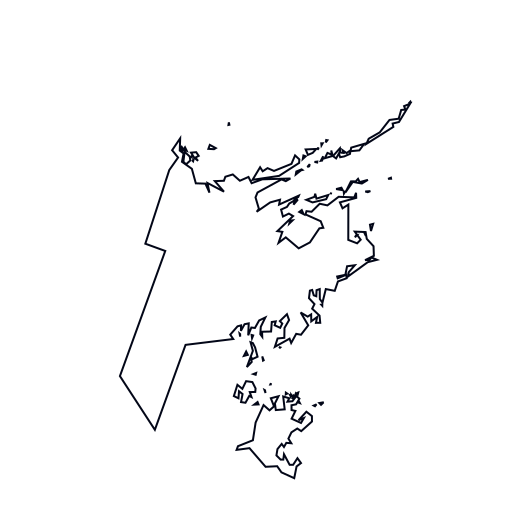 the district of East Arnhem, Northern Territory, Australia, rotated 20°
{"feature_id": "25037944B47305351718046", "entity_name": "East Arnhem", "entity_type": "district", "adm_level": 2, "iso_a3": "AUS", "parent_name": "Australia", "parent_adm1": "Northern Territory", "projection": "natural_earth1", "projection_center": [136.298, -12.677], "detail": "fine", "context": "isolated", "style": "outline", "palette": "ink", "viewbox_px": 512, "rotation_deg": 20, "n_neighbors": 0, "source": "geoboundaries", "source_scale": "gbopen_adm2", "svg_char_len": 6212}
<svg xmlns="http://www.w3.org/2000/svg" viewBox="0 0 512 512"><g transform="rotate(20 256 256)"><path d="M263.0,341.8L258.7,338.7L262.7,328.4L265.7,326.3L267.4,331.5L268.6,324.0L272.2,321.8L275.8,333.2L276.1,324.8L279.6,324.0L281.0,315.5L285.8,310.6L284.7,320.9L286.8,328.0L289.5,329.8L287.6,325.1L296.0,321.8L293.4,312.6L296.9,310.7L297.2,314.7L303.3,315.2L303.8,310.5L300.7,309.0L305.0,300.1L309.0,304.9L307.4,313.9L310.6,323.2L304.5,326.1L304.8,334.9L315.8,322.2L318.8,325.7L320.4,315.4L325.2,314.6L328.8,303.3L317.3,293.8L325.3,295.3L327.8,292.0L330.3,298.5L334.3,292.4L335.2,298.3L339.2,296.8L336.1,290.3L326.8,286.3L327.4,281.2L320.2,277.5L318.5,270.1L320.4,268.7L323.7,273.2L326.4,273.2L324.6,267.4L327.2,265.3L330.7,274.6L334.4,277.1L332.9,263.2L341.9,261.8L341.7,251.9L348.8,245.9L347.3,242.7L340.4,249.0L339.3,247.5L346.4,243.1L345.1,234.5L352.0,230.9L348.6,239.7L349.8,243.3L363.1,223.6L371.0,218.2L365.1,217.9L363.9,220.9L359.9,222.6L366.7,215.5L363.1,206.6L354.2,202.0L350.8,196.0L340.5,199.3L348.8,204.9L346.7,209.5L337.2,209.3L325.2,176.1L321.0,181.6L316.5,176.9L330.3,167.1L328.4,162.4L328.3,167.3L313.4,172.1L305.8,184.0L298.0,185.1L293.1,195.4L288.1,196.6L288.3,200.0L304.9,201.2L309.6,206.5L306.1,208.3L302.0,224.8L293.5,234.2L277.6,228.3L272.7,235.9L272.5,224.3L267.6,225.3L277.2,205.8L272.4,204.9L267.8,209.7L263.7,203.8L268.3,199.3L269.3,195.3L272.2,191.9L273.9,187.5L275.5,186.2L275.6,184.6L260.1,199.8L259.3,194.9L251.0,200.8L241.5,214.2L242.6,210.7L235.5,201.1L235.7,195.8L253.8,175.3L258.4,175.5L261.8,171.4L235.7,181.8L227.0,189.1L221.9,184.3L215.1,190.8L206.3,187.3L200.1,192.0L200.1,196.3L191.7,199.7L203.9,206.5L185.4,204.0L190.6,212.4L183.7,205.3L174.6,208.3L165.9,196.0L154.2,192.8L152.9,184.4L148.3,183.0L144.5,171.4L141.0,185.3L149.1,190.1L145.1,204.9L147.8,282.3L169.0,282.3L169.2,415.4L220.4,453.9L220.2,363.6L263.0,341.8ZM352.3,199.5L349.4,196.7L350.5,196.3L352.3,199.5ZM314.1,393.5L312.6,412.6L316.1,430.2L304.1,440.9L304.1,444.8L315.6,438.8L337.1,450.8L347.8,446.3L353.9,450.6L367.9,451.7L366.1,439.9L369.1,435.2L364.1,431.8L362.3,439.5L359.0,440.7L350.1,432.7L351.3,438.0L348.8,438.9L343.4,436.4L342.2,430.1L344.4,423.8L347.6,425.9L348.4,421.2L353.2,419.9L348.9,416.5L349.6,409.6L353.8,404.0L358.4,405.1L365.2,392.4L363.3,387.3L356.6,385.1L352.2,395.7L356.4,391.9L355.4,397.5L345.1,396.7L346.0,388.1L342.1,388.6L340.4,384.1L344.4,381.7L345.6,375.2L341.8,373.9L339.9,380.0L335.4,382.1L335.9,378.3L329.6,378.7L335.4,390.3L327.3,394.0L325.1,389.8L321.5,396.4L314.1,393.5ZM229.5,171.2L226.7,185.6L250.3,172.8L264.7,153.8L263.7,150.4L258.3,148.1L257.8,157.3L243.8,169.9L236.8,169.5L233.3,174.1L229.5,171.2ZM290.6,390.3L291.9,398.4L296.3,397.5L297.5,389.8L300.0,390.1L296.7,386.0L301.8,384.0L300.9,380.6L295.7,375.7L289.5,377.0L288.6,385.5L282.6,383.4L283.1,395.2L288.2,395.7L286.3,388.9L290.6,390.3ZM321.8,107.2L321.4,112.9L340.9,87.7L339.1,84.8L344.5,81.2L348.7,60.2L343.9,64.5L346.3,67.3L342.5,69.1L343.1,78.2L334.9,82.5L330.0,97.5L321.8,107.2ZM303.0,129.2L299.7,130.0L298.0,126.1L294.5,134.9L287.9,134.7L287.2,140.6L293.9,135.7L297.9,136.9L298.8,131.3L301.3,134.4L304.9,132.2L309.4,127.9L308.6,124.4L305.9,128.3L301.2,127.0L303.0,129.2ZM290.7,180.4L284.1,186.0L290.8,186.3L302.5,178.6L303.0,174.0L293.2,181.4L290.3,177.2L290.7,180.4ZM285.5,346.2L285.4,363.5L288.2,357.0L285.5,352.4L287.9,354.1L291.9,350.1L286.4,342.2L282.8,338.9L280.4,338.9L285.5,346.2ZM270.2,143.2L274.0,139.7L276.0,134.8L266.2,138.9L270.2,143.2ZM161.6,188.7L159.7,185.2L153.3,182.5L155.5,192.2L158.9,193.8L161.6,188.7ZM325.1,380.1L318.6,384.6L323.9,390.6L325.1,380.1ZM309.0,125.2L317.0,121.4L319.3,113.6L308.4,121.6L309.0,125.2ZM159.6,181.1L164.7,185.0L167.9,181.5L164.3,178.9L159.6,181.1ZM323.7,152.9L330.7,151.7L335.1,146.2L328.1,151.1L325.5,148.6L323.7,152.9ZM319.7,153.4L318.3,165.7L321.8,152.6L319.7,153.4ZM174.6,171.6L180.0,170.0L181.3,168.4L174.6,167.4L174.6,171.6ZM352.4,187.6L355.5,193.2L355.1,185.7L352.4,187.6ZM315.0,164.5L312.9,162.6L308.4,165.7L315.0,164.5ZM286.4,200.4L283.3,197.2L281.6,199.8L286.4,200.4ZM305.1,396.3L309.1,394.6L307.4,392.7L305.1,396.3ZM266.2,145.3L266.8,148.8L268.6,145.3L266.2,145.3ZM154.9,180.8L152.1,178.1L151.4,180.6L154.9,180.8ZM265.5,165.8L269.0,160.1L270.2,159.3L269.2,159.0L265.0,162.8L265.5,165.8ZM285.5,143.7L285.0,139.3L284.3,144.4L285.5,143.7ZM273.7,194.9L275.8,189.4L274.6,188.2L273.6,189.5L273.7,194.9ZM279.4,349.1L278.8,354.0L282.1,351.7L279.4,349.1ZM151.7,182.7L149.8,180.0L149.6,179.4L148.8,178.8L148.1,180.8L151.7,182.7ZM166.5,185.5L169.0,186.4L166.6,185.0L166.5,185.5ZM296.1,365.9L294.0,367.8L296.3,367.7L296.1,365.9ZM338.9,374.2L338.9,377.9L340.6,374.7L338.9,374.2ZM296.2,348.2L298.4,351.9L298.9,351.3L296.2,348.2ZM365.8,372.5L368.0,373.6L369.2,371.1L368.9,370.7L365.8,372.5ZM316.5,165.6L317.3,167.3L317.8,164.8L316.5,165.6ZM275.9,211.1L276.2,214.1L278.2,210.0L275.9,211.1ZM278.8,147.6L281.5,147.2L281.3,146.3L278.8,147.6ZM164.3,185.9L163.9,188.2L164.5,188.5L164.3,185.9ZM292.5,133.7L290.6,131.1L292.2,134.3L292.5,133.7ZM356.0,136.3L353.7,138.3L356.5,137.2L356.0,136.3ZM330.8,374.2L331.3,375.8L332.4,374.6L330.8,374.2ZM343.6,202.2L342.9,202.7L342.6,204.6L343.6,202.2ZM282.3,123.0L282.7,125.4L283.5,122.8L282.3,123.0ZM184.8,139.7L185.3,142.3L186.1,141.8L184.8,139.7ZM341.3,155.9L336.6,158.0L339.2,157.8L341.3,155.9ZM280.4,334.6L280.5,331.6L278.9,331.7L280.4,334.6ZM278.8,127.8L279.7,129.6L280.1,127.3L278.8,127.8ZM311.8,381.5L310.4,379.1L309.8,379.0L311.8,381.5ZM313.5,370.4L313.4,371.8L313.8,371.6L313.5,370.4ZM348.3,58.1L347.3,60.4L348.9,58.7L348.3,58.1ZM275.3,153.5L275.1,151.3L273.8,154.8L275.3,153.5ZM362.8,377.0L363.6,374.7L361.4,376.8L362.8,377.0ZM335.4,374.9L336.5,375.9L336.3,374.5L335.4,374.9ZM268.7,337.2L267.8,334.8L267.1,334.5L268.7,337.2ZM161.4,183.5L161.3,184.9L161.8,185.1L161.4,183.5ZM277.3,132.7L277.4,135.1L277.9,133.8L277.3,132.7ZM305.0,171.8L305.2,172.4L305.0,170.6L305.0,171.8ZM341.0,371.1L342.6,371.9L342.4,369.8L341.0,371.1ZM347.5,379.2L346.3,378.1L345.8,379.2L347.5,379.2ZM337.7,375.3L336.6,374.5L337.0,375.5L337.7,375.3ZM334.0,279.4L335.3,280.1L334.9,278.9L334.0,279.4ZM341.1,372.7L340.4,372.0L340.4,373.4L341.1,372.7ZM308.7,333.6L309.9,334.0L310.1,333.6L308.7,333.6Z" fill="none" stroke="#020617" stroke-width="2"/></g></svg>